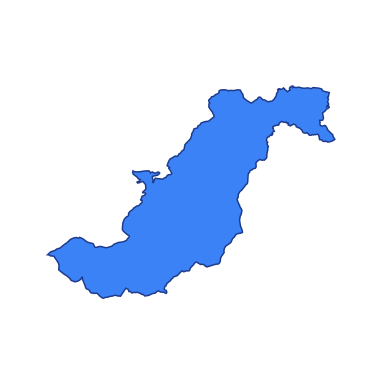 outline of Zavoi, Caras-Severin, Romania, rotated 79°
{"feature_id": "2599482B12025753001267", "entity_name": "Zavoi", "entity_type": "district", "adm_level": 2, "iso_a3": "ROU", "parent_name": "Romania", "parent_adm1": "Caras-Severin", "projection": "orthographic", "projection_center": [22.559, 45.382], "detail": "fine", "context": "isolated", "style": "filled", "palette": "blue", "viewbox_px": 384, "rotation_deg": 79, "n_neighbors": 0, "source": "geoboundaries", "source_scale": "gbopen_adm2", "svg_char_len": 6035}
<svg xmlns="http://www.w3.org/2000/svg" viewBox="0 0 384 384"><g transform="rotate(79 192 192)"><path d="M279.0,296.9L279.1,293.8L278.7,292.1L279.0,290.9L278.7,286.8L280.0,284.6L280.0,283.5L280.6,282.5L280.6,282.0L273.8,275.3L275.5,273.2L277.7,272.9L277.9,271.5L279.6,270.4L279.5,268.2L279.9,266.8L280.1,264.6L281.9,261.7L282.7,261.2L283.5,259.3L285.1,258.1L285.2,254.9L285.0,253.2L284.2,250.4L284.3,247.4L282.9,245.3L282.6,244.1L284.2,241.8L285.1,238.8L285.8,238.1L286.2,237.1L286.6,236.8L286.2,236.2L285.3,235.8L283.7,236.1L282.9,237.4L281.7,237.8L279.3,236.4L279.0,236.1L279.0,235.3L277.2,234.3L275.5,231.5L275.4,230.9L274.7,229.8L273.9,229.4L273.0,227.5L272.1,226.8L271.7,225.3L271.3,222.5L267.6,217.2L267.7,216.6L268.8,215.3L268.3,212.9L268.8,210.3L268.7,209.5L266.2,208.0L263.6,204.3L262.4,203.2L261.6,201.5L261.6,201.0L264.7,197.5L265.0,195.4L265.5,194.4L267.6,192.8L267.8,192.1L268.4,191.7L267.4,182.4L267.7,180.3L267.4,179.2L265.9,177.7L263.1,176.8L261.5,176.0L257.5,172.0L255.8,171.9L254.1,171.2L253.0,170.6L251.6,169.2L249.0,163.5L245.4,161.0L244.5,159.3L242.0,156.8L241.6,155.0L241.7,152.6L241.4,150.2L239.6,150.0L234.5,150.9L228.9,150.7L224.9,149.3L223.5,148.1L219.7,146.5L217.6,146.9L215.4,147.9L214.1,147.8L212.4,148.4L208.0,149.2L207.0,148.8L206.1,147.7L203.3,147.1L200.7,144.9L199.5,142.6L195.4,138.0L194.3,136.2L193.1,135.5L186.1,133.7L184.7,133.1L183.3,131.5L182.0,130.8L181.5,128.3L180.8,127.3L180.8,125.3L179.5,124.2L175.5,123.7L173.5,120.7L173.5,120.2L173.2,119.6L173.2,118.8L174.3,117.0L174.2,115.1L174.5,114.8L173.0,112.5L171.6,111.8L170.1,111.6L166.7,110.4L165.4,109.6L162.7,109.3L162.5,109.2L162.7,108.8L161.9,108.4L159.0,109.2L158.1,108.9L158.1,108.5L157.6,108.2L156.7,108.8L155.3,109.0L153.3,108.2L152.6,107.3L152.5,105.9L151.5,104.9L150.9,103.1L151.5,103.0L151.3,102.4L150.3,101.6L149.7,102.1L149.0,101.8L148.5,101.2L148.1,99.6L145.2,100.5L144.8,100.0L143.4,100.4L142.6,97.6L142.8,97.2L142.5,95.9L142.9,95.1L142.6,94.3L142.7,94.0L141.0,93.2L139.8,90.5L141.0,88.9L141.1,87.5L141.6,86.9L141.4,86.2L142.1,85.6L142.8,85.5L142.8,84.4L144.7,84.7L145.1,83.6L145.9,83.0L144.7,79.1L145.0,78.8L146.3,77.3L147.8,77.2L149.1,75.6L149.5,74.5L150.5,73.6L152.2,72.4L154.9,71.6L155.9,69.6L155.8,67.7L157.0,66.8L158.5,66.1L159.0,64.7L158.9,63.7L158.6,63.0L159.2,61.9L159.0,60.9L159.3,59.5L159.1,58.1L159.4,57.5L160.2,57.0L162.1,56.7L164.9,56.8L165.6,54.7L167.2,53.8L167.8,51.6L167.8,50.3L168.7,49.6L169.0,48.4L168.8,45.0L168.3,43.9L168.3,43.0L167.5,41.7L163.9,43.1L162.9,42.8L157.1,46.9L155.3,47.2L152.8,48.1L152.0,48.8L152.2,51.3L151.4,53.3L149.3,53.5L148.3,52.9L146.7,53.2L145.9,52.9L146.3,51.6L146.3,49.9L144.5,48.8L139.4,48.8L137.8,45.8L136.5,44.4L135.5,41.7L135.0,41.2L134.3,41.1L133.6,41.6L133.9,43.4L132.9,42.8L132.7,41.7L131.9,41.1L130.7,41.2L130.2,41.8L128.1,41.1L127.2,40.4L125.0,41.0L125.1,40.3L120.6,38.3L118.4,43.1L117.5,44.5L115.9,44.9L115.4,45.4L114.1,48.1L112.6,53.3L113.3,55.1L111.8,58.8L111.7,61.2L111.2,63.5L109.4,67.3L109.4,69.9L108.5,71.8L108.6,72.5L108.0,72.6L108.3,72.9L107.3,72.9L107.4,73.7L107.2,73.7L107.3,74.6L107.9,74.8L108.0,76.0L109.2,76.6L110.7,76.3L111.1,78.1L111.8,79.3L110.7,79.9L108.9,81.5L108.4,81.4L107.3,82.3L108.2,84.1L108.2,85.7L107.9,86.5L107.5,86.2L107.2,87.1L107.8,88.3L109.6,88.3L111.8,90.4L113.3,90.7L116.6,93.7L118.1,96.4L117.8,100.1L117.5,101.0L116.1,102.2L115.3,103.6L115.1,104.7L112.1,106.8L111.6,108.1L112.0,108.9L113.6,110.6L114.0,112.3L115.9,116.1L115.9,117.1L112.6,120.8L109.4,123.4L106.2,123.4L102.4,124.9L101.3,125.0L100.6,126.7L100.3,129.2L100.5,131.1L99.5,135.3L99.7,137.0L98.9,137.9L98.0,140.1L97.4,143.3L97.4,145.0L97.9,146.1L99.1,146.3L100.4,147.6L100.9,150.5L102.2,152.4L102.3,154.6L104.0,156.4L104.5,157.6L105.1,158.0L106.6,158.2L108.0,157.5L108.9,158.7L110.2,158.7L111.6,159.3L114.6,158.2L117.3,156.8L121.2,155.8L122.8,156.4L123.2,157.9L123.9,158.8L124.5,160.3L125.5,161.7L125.6,163.4L125.4,165.7L125.9,169.7L127.7,171.5L128.2,173.4L130.0,174.5L130.3,175.9L130.3,177.8L130.9,178.4L132.6,179.2L134.7,181.1L136.6,181.6L139.5,183.4L142.0,186.8L143.3,188.9L144.5,190.1L148.1,191.4L149.0,192.1L149.8,194.0L151.6,195.9L152.1,197.5L154.2,199.3L153.6,201.5L153.6,202.1L155.6,207.5L157.6,209.2L161.3,211.4L163.6,209.4L164.0,210.1L164.4,210.3L166.6,209.2L169.9,208.3L170.5,208.8L170.8,209.8L170.6,211.8L171.1,213.2L172.6,214.8L173.0,216.6L173.8,218.3L171.5,225.5L175.3,228.2L174.9,228.7L172.9,228.0L169.9,228.2L169.1,227.7L168.9,222.5L167.7,220.4L167.2,220.1L166.3,220.7L165.9,221.9L166.4,223.2L166.4,224.6L166.1,225.4L164.7,227.2L165.3,229.0L163.2,230.0L162.7,231.6L162.3,235.4L162.1,240.2L161.6,242.8L161.0,244.8L160.0,245.9L161.9,246.6L163.4,246.2L166.8,243.1L168.6,242.3L169.6,241.2L169.9,240.4L171.1,241.5L171.8,244.1L172.8,243.7L172.9,242.2L172.3,239.4L172.4,238.1L175.8,236.2L180.2,236.7L181.5,238.4L182.6,240.3L183.3,240.5L183.8,238.4L184.5,237.9L185.2,237.9L186.3,239.7L186.7,242.0L189.1,243.2L189.9,244.0L190.3,243.8L190.7,242.7L191.9,242.7L193.0,243.3L193.7,245.0L194.8,246.0L195.2,247.5L195.3,249.3L196.4,251.3L196.4,252.0L197.7,253.4L199.3,256.6L200.2,257.8L201.2,258.5L202.4,258.5L203.1,259.1L203.7,259.8L203.8,260.8L204.8,262.5L206.8,264.4L209.3,265.8L215.2,267.5L217.3,266.9L221.8,263.4L222.9,262.1L224.1,262.1L225.7,264.4L226.8,265.3L227.3,266.6L227.8,269.7L227.5,273.9L228.4,278.5L229.8,280.7L230.4,285.7L230.2,287.4L228.1,291.8L227.8,293.6L228.1,295.9L227.9,297.6L226.5,298.3L225.2,298.4L223.7,299.1L222.0,302.9L220.8,304.7L217.4,307.8L215.5,310.2L215.1,311.1L215.6,311.5L215.6,312.6L214.7,313.8L214.5,316.6L215.3,320.3L218.1,324.7L219.1,327.3L221.8,332.1L222.2,335.7L223.3,338.0L223.7,341.9L226.0,345.7L226.2,344.9L227.6,343.3L228.6,340.0L229.0,339.7L233.9,337.6L237.1,336.5L240.1,336.8L242.7,337.7L243.4,337.4L248.2,333.3L250.6,330.7L253.6,328.4L255.7,327.5L257.8,324.1L257.8,322.1L257.5,320.3L256.6,318.1L254.6,316.2L255.1,315.9L257.2,316.2L259.3,315.6L266.6,314.4L268.5,311.8L271.4,310.7L271.9,310.0L272.9,307.2L273.1,305.0L274.1,303.9L276.6,302.3L279.1,300.0L279.3,299.1L279.0,296.9Z" fill="#3b82f6" stroke="#1e3a8a" stroke-width="1.5"/></g></svg>